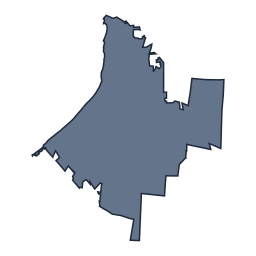 Champotón, Campeche, Mexico (Equal Earth projection)
{"feature_id": "50627088B90852523965903", "entity_name": "Champotón", "entity_type": "district", "adm_level": 2, "iso_a3": "MEX", "parent_name": "Mexico", "parent_adm1": "Campeche", "projection": "equal_earth", "projection_center": [-90.832, 19.131], "detail": "fine", "context": "isolated", "style": "filled", "palette": "slate", "viewbox_px": 256, "rotation_deg": 0, "n_neighbors": 0, "source": "geoboundaries", "source_scale": "gbopen_adm2", "svg_char_len": 5125}
<svg xmlns="http://www.w3.org/2000/svg" viewBox="0 0 256 256"><path d="M82.2,187.7L82.7,181.9L86.3,179.7L90.2,184.2L90.1,181.9L90.6,182.7L94.7,189.0L100.2,183.0L100.6,183.3L101.9,183.7L101.7,184.4L101.4,185.9L100.7,192.4L97.8,191.8L98.3,193.4L98.7,194.0L100.6,194.2L100.4,195.8L100.2,197.2L100.0,200.5L100.0,201.5L99.8,201.6L99.2,201.4L99.5,203.2L99.9,205.2L99.9,205.7L99.5,206.3L99.9,206.5L101.4,207.4L103.3,208.6L106.7,210.5L106.9,210.6L111.6,213.7L112.2,214.1L121.2,215.6L129.4,218.4L133.8,219.4L130.3,240.2L139.4,240.6L141.4,193.5L164.5,195.9L165.5,181.0L166.0,175.8L173.7,175.9L177.8,175.9L179.3,164.5L185.5,158.0L185.9,158.0L185.7,154.7L186.1,154.0L186.0,150.9L186.7,150.9L186.7,144.4L210.8,149.5L209.2,143.5L220.8,148.5L221.9,110.6L223.3,94.6L223.9,79.6L218.7,79.9L216.2,79.8L209.1,79.7L205.1,79.6L191.9,78.4L190.7,88.7L190.1,93.2L189.0,100.0L188.1,105.6L182.0,103.0L183.2,109.7L180.1,109.0L179.3,102.2L175.2,101.1L174.4,101.2L173.3,102.8L166.5,102.9L166.5,101.2L164.8,101.2L164.8,98.2L166.5,98.2L166.5,92.2L163.6,92.2L163.6,89.5L163.6,62.6L159.4,57.4L158.0,58.0L158.5,59.4L156.8,59.9L156.3,59.9L156.5,62.5L160.1,61.8L160.1,64.3L160.8,64.2L160.9,66.2L160.2,67.6L159.0,68.5L156.1,66.5L154.8,70.0L154.7,70.2L154.4,70.4L153.4,71.0L153.3,66.2L149.6,65.9L148.7,57.8L149.2,56.6L148.9,54.3L151.3,54.2L155.7,53.8L155.0,53.4L154.5,52.5L151.4,52.9L150.1,53.0L149.4,53.0L151.3,47.5L151.8,44.1L149.0,45.6L147.2,46.8L146.3,47.2L144.4,47.3L142.6,47.3L143.3,45.4L144.2,42.0L145.6,37.5L144.1,37.0L144.3,35.7L143.9,35.8L143.9,36.7L142.5,36.7L142.4,38.8L138.5,38.8L138.4,38.3L134.9,37.8L134.5,37.4L134.2,37.3L134.2,37.1L134.1,36.9L133.4,36.6L133.3,32.4L133.4,29.8L136.8,29.5L139.7,29.8L140.1,29.9L139.5,27.4L139.3,26.9L133.6,27.3L133.7,25.4L130.0,25.8L126.9,22.1L126.5,23.4L125.1,23.1L125.8,21.3L123.2,21.7L123.1,21.1L116.8,17.1L115.0,17.7L114.2,18.0L113.9,18.2L113.5,18.3L111.8,17.8L107.7,16.0L106.1,15.4L105.7,16.0L105.2,16.6L104.9,16.9L104.5,17.5L104.0,18.0L104.0,18.6L104.0,18.8L103.4,18.8L103.2,18.8L103.4,18.9L103.4,19.1L103.6,19.1L103.6,18.9L103.8,18.9L103.8,19.1L103.8,18.9L103.9,19.0L104.1,19.0L104.3,19.4L104.3,19.6L104.5,20.2L104.4,21.0L104.1,22.3L103.8,22.3L103.6,22.7L103.6,22.8L103.9,22.3L104.1,22.3L104.1,22.8L103.9,22.8L104.1,22.9L104.1,23.3L104.5,23.3L104.8,23.5L104.8,23.4L105.1,23.5L105.5,23.8L105.7,24.0L106.0,24.1L106.6,25.2L107.0,26.3L107.1,26.9L107.2,28.0L107.1,29.0L106.9,30.5L106.4,32.9L105.9,34.6L104.8,37.5L104.0,39.6L103.8,39.8L103.7,40.1L103.6,40.4L103.3,40.9L103.3,41.0L103.6,41.2L104.1,41.2L104.2,41.4L104.2,41.7L104.4,42.3L104.4,42.9L104.4,43.7L104.3,44.2L104.0,45.2L103.8,45.5L103.9,45.9L103.9,46.2L103.7,46.9L103.6,47.0L103.6,47.3L103.4,47.8L103.4,48.0L103.6,48.3L103.5,48.6L103.6,48.3L103.7,48.7L103.7,49.4L103.4,50.5L103.5,50.8L103.6,51.0L103.6,51.7L103.7,52.0L103.8,52.3L104.2,52.7L104.4,53.3L104.6,55.4L104.6,56.4L104.5,57.4L104.3,58.3L104.0,59.2L104.0,59.5L103.9,59.9L104.0,60.1L104.0,60.8L104.1,61.2L104.0,61.5L104.0,61.8L103.8,62.5L103.7,63.1L103.5,64.2L103.6,64.5L103.5,65.0L103.5,65.6L103.3,66.3L103.1,67.7L102.7,69.0L101.6,71.9L101.3,72.8L101.3,73.3L101.2,76.6L101.2,77.7L101.3,78.2L101.4,78.3L101.5,78.4L101.6,79.6L101.7,80.5L101.6,81.8L101.4,82.0L101.2,82.3L100.8,83.2L100.3,84.4L100.2,84.9L99.6,86.4L98.9,87.8L98.5,88.4L96.3,92.2L95.2,93.8L94.8,94.2L94.8,94.3L93.5,96.1L91.4,98.5L89.9,100.1L89.1,100.9L86.3,103.6L84.9,105.2L84.3,106.0L83.6,106.8L82.8,107.8L81.9,108.8L81.8,109.1L80.6,110.5L77.6,113.9L77.4,114.1L77.1,114.4L76.6,115.1L75.8,115.9L75.3,116.5L75.2,116.6L75.3,116.7L75.2,117.1L75.0,117.3L73.5,118.8L72.8,119.4L72.2,120.1L69.4,122.7L67.2,124.6L65.6,125.9L65.4,126.1L65.3,126.3L64.9,126.7L63.0,128.2L61.8,129.3L61.6,129.6L60.7,130.4L58.8,131.9L58.2,132.3L56.8,133.3L56.4,133.6L56.1,134.0L55.5,134.4L55.3,134.5L54.9,134.8L54.3,135.4L52.9,136.5L52.0,137.1L51.6,137.5L50.6,138.3L49.7,139.0L47.8,140.7L47.5,141.0L46.9,141.8L46.6,142.4L46.2,142.8L45.2,143.8L43.8,144.8L43.5,145.2L43.3,145.3L43.3,145.8L43.3,146.2L43.4,146.3L43.3,146.6L43.2,146.8L42.9,147.2L42.2,147.8L40.9,148.8L40.3,149.4L36.8,151.8L36.4,152.2L36.2,152.4L35.7,152.7L34.9,153.3L34.1,153.9L32.1,155.1L32.2,155.3L32.5,155.9L32.7,155.5L33.1,155.2L33.4,154.9L33.6,154.9L33.8,155.0L34.1,154.9L34.3,155.0L34.5,155.1L35.1,154.7L35.4,154.5L35.4,155.2L35.4,155.4L35.4,155.5L35.5,155.7L36.1,155.9L36.4,155.9L36.7,155.8L36.9,155.6L37.0,155.4L37.3,155.1L37.5,154.8L37.9,154.6L38.3,154.6L38.5,154.5L39.0,153.9L39.1,153.5L39.1,153.1L39.0,152.6L38.8,152.5L38.8,152.4L38.7,152.4L38.8,152.2L39.3,152.1L39.4,151.9L39.6,151.9L39.8,151.8L40.0,151.7L40.4,151.7L40.7,151.5L41.0,151.5L41.4,151.3L41.8,151.0L41.9,150.8L42.0,150.3L42.1,150.2L42.3,149.5L42.4,149.4L42.5,149.3L42.7,148.8L42.7,148.7L42.8,148.8L42.8,148.7L43.0,148.5L43.1,148.3L43.4,148.2L43.6,148.3L43.8,148.1L44.1,148.1L44.2,147.9L44.6,147.9L45.0,147.8L45.1,148.0L45.0,148.5L45.7,148.0L46.1,149.6L46.6,150.3L52.8,157.2L53.9,154.3L55.6,150.8L59.5,157.4L56.0,160.7L56.8,161.4L65.0,171.1L68.3,166.0L73.1,171.6L73.2,170.9L74.8,172.4L74.7,173.4L74.5,173.5L72.6,176.4L73.4,178.8L72.6,180.1L79.3,188.1L79.8,187.4L82.2,187.7Z" fill="#64748b" stroke="#1e293b" stroke-width="1.5"/></svg>